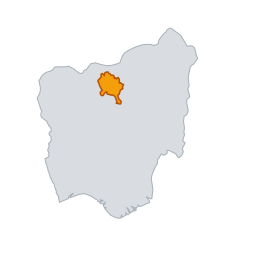 Kano on a map of Nigeria (Robinson projection), rotated 340°
{"feature_id": "NGA-2869", "entity_name": "Kano", "entity_type": "State", "adm_level": 1, "iso_a3": "NGA", "parent_name": "Nigeria", "parent_adm1": "", "projection": "robinson", "projection_center": [8.618, 11.56], "detail": "fine", "context": "in_parent", "style": "filled", "palette": "amber", "viewbox_px": 256, "rotation_deg": 340, "n_neighbors": 0, "source": "natural_earth", "source_scale": "10m", "svg_char_len": 5094}
<svg xmlns="http://www.w3.org/2000/svg" viewBox="0 0 256 256"><g transform="rotate(340 128 128)"><path d="M202.5,48.7L209.4,59.4L210.9,67.4L211.5,71.3L212.6,71.8L214.7,72.0L216.3,72.8L217.2,74.1L217.8,75.3L217.9,76.0L217.5,80.8L217.0,82.5L217.3,84.9L217.2,85.9L217.0,86.6L216.0,87.4L214.7,88.1L211.6,90.4L210.7,90.7L209.4,90.8L208.3,91.4L207.0,92.6L204.1,97.2L201.6,101.8L199.9,109.2L197.7,111.5L197.3,113.6L197.0,118.2L196.6,119.6L196.3,120.0L193.9,120.9L192.6,122.0L191.8,124.1L190.8,131.2L190.4,132.4L189.6,133.6L188.4,135.0L187.4,135.7L184.7,136.2L182.1,141.6L182.1,142.5L181.0,147.4L179.0,151.1L178.9,153.5L176.4,156.7L175.1,158.9L176.5,161.2L176.6,161.6L172.3,165.5L172.1,166.1L171.9,168.8L171.6,169.5L170.8,170.5L169.6,171.6L168.5,172.4L167.1,173.0L165.9,173.2L165.2,172.9L164.8,172.0L164.0,168.7L163.7,168.0L162.9,167.4L159.6,163.8L157.6,162.5L157.2,162.6L156.9,162.9L156.3,164.8L155.7,165.4L154.7,165.7L152.9,165.7L151.6,165.4L151.3,165.1L150.6,163.6L146.6,166.9L145.1,167.7L143.3,171.6L140.8,173.5L139.0,175.2L134.3,180.6L133.3,182.1L132.4,184.5L130.3,194.5L127.1,200.7L126.6,202.0L126.0,202.6L124.8,202.2L124.2,201.0L123.4,200.9L122.1,199.1L121.8,199.4L123.2,203.7L122.7,205.4L118.7,205.5L115.2,206.0L112.9,206.0L111.7,205.4L111.1,203.8L110.9,203.9L110.8,204.8L110.1,205.5L107.4,205.6L106.2,204.5L105.3,203.3L104.3,202.7L104.4,203.2L105.6,204.4L105.5,206.2L103.3,208.2L102.0,208.3L101.1,207.4L100.7,206.0L100.5,203.9L99.9,202.6L99.6,202.6L100.0,204.8L100.0,206.9L101.0,208.6L99.4,209.1L97.6,209.2L97.3,208.5L97.1,207.2L96.8,206.8L96.4,209.1L92.5,209.8L92.0,209.7L91.9,209.3L92.2,208.6L92.1,207.6L91.2,208.4L91.1,210.0L90.6,210.2L89.2,210.0L87.6,209.2L84.9,207.2L81.8,203.9L81.2,202.4L80.3,200.6L78.7,195.6L79.0,195.4L79.7,195.7L80.1,195.2L78.8,194.9L78.5,194.5L78.4,193.4L78.5,192.1L80.5,191.4L80.9,190.5L81.2,189.7L78.7,191.0L76.4,189.6L75.9,188.7L76.2,188.0L78.9,188.0L79.8,187.4L79.2,187.1L78.2,187.2L77.8,186.7L77.9,185.7L77.5,185.9L77.1,186.9L75.5,187.5L74.6,186.9L74.5,185.4L74.3,184.7L73.5,184.2L70.8,180.3L67.4,177.0L64.3,174.7L59.7,173.7L50.1,173.7L49.5,173.4L50.1,172.9L51.0,172.5L54.1,170.7L53.6,170.5L50.3,171.6L49.2,171.7L47.8,173.9L38.3,174.4L38.3,173.4L38.7,170.5L39.3,168.5L38.7,166.1L38.5,163.9L38.9,163.2L39.1,162.4L39.0,156.8L39.5,156.0L39.5,155.4L38.5,153.0L38.6,151.2L38.4,149.4L38.1,148.6L38.5,141.7L38.3,140.1L38.7,138.9L38.8,135.9L38.8,133.0L39.5,128.5L43.5,127.9L44.5,126.1L45.1,123.8L44.9,121.5L46.3,119.6L47.9,117.9L47.8,115.9L48.2,115.4L49.0,114.9L50.1,114.7L51.3,113.7L52.0,112.1L52.7,109.4L51.6,107.5L51.6,107.1L52.0,106.1L52.7,105.1L53.2,104.8L54.4,105.1L54.8,104.7L55.5,101.7L55.5,100.9L54.4,99.0L53.8,93.6L53.5,92.9L52.6,92.0L50.4,88.2L50.4,86.5L51.4,84.2L52.0,83.1L52.9,82.5L53.1,81.9L52.8,81.3L52.4,80.8L52.3,79.8L52.7,78.4L52.6,76.8L52.9,68.8L54.7,67.2L57.4,64.6L58.8,61.8L59.5,59.8L60.5,52.9L61.9,52.1L64.6,49.6L68.2,48.2L70.6,47.7L74.8,48.0L76.9,47.7L78.7,46.4L79.5,46.0L80.7,45.8L91.1,49.4L92.0,49.2L92.8,49.4L94.1,50.4L97.1,53.7L100.3,58.9L101.3,60.0L102.3,60.6L103.4,60.8L104.1,60.7L104.9,60.2L105.9,59.2L107.4,58.8L108.7,58.9L115.1,54.9L115.8,54.9L119.7,55.7L125.2,59.7L129.6,62.3L132.7,63.2L136.4,63.8L142.6,64.0L147.3,58.4L149.0,57.2L151.1,56.1L155.5,55.1L162.7,54.4L169.5,54.7L173.8,55.6L178.2,57.4L180.2,59.2L183.2,59.5L185.3,59.1L186.0,57.4L188.2,55.1L191.4,53.0L194.1,51.6L196.3,50.9L198.2,49.2L199.8,48.7L202.5,48.7ZM107.7,207.8L106.2,208.3L105.2,208.2L106.6,205.9L107.2,206.4L108.1,206.6L107.7,207.8Z" fill="#d9dde1" stroke="#a8b0b8" stroke-width="1"/><path d="M136.7,89.1L135.6,89.7L135.3,89.7L135.0,89.6L134.8,89.4L133.8,89.9L132.3,91.7L131.7,92.7L131.3,93.2L130.7,93.5L129.8,93.6L129.4,94.6L129.3,95.9L129.3,97.4L129.8,98.7L130.4,99.6L130.6,100.8L130.1,101.9L129.4,102.7L129.1,102.8L128.5,102.6L128.2,102.5L127.5,101.6L126.3,101.4L125.5,100.6L125.8,100.2L126.5,100.0L126.7,99.3L126.5,97.3L126.7,96.0L126.4,93.6L124.9,91.8L123.8,91.4L122.7,91.0L122.3,90.4L121.9,90.0L120.8,89.5L120.3,89.2L120.0,88.6L120.1,88.0L120.3,87.4L120.4,86.8L119.8,86.5L117.7,87.3L116.0,88.8L114.9,88.9L113.9,87.9L113.7,87.0L113.8,86.2L114.0,85.3L114.5,84.7L115.2,84.5L116.0,84.0L116.7,83.9L116.6,83.2L116.3,82.1L116.1,81.9L116.1,81.6L116.2,81.3L116.2,81.0L116.1,80.4L115.8,79.3L115.9,75.8L115.7,74.1L115.9,73.3L117.1,72.4L119.7,71.3L120.3,70.7L120.8,69.1L121.1,68.3L121.8,68.1L122.5,68.1L123.3,69.6L123.4,69.9L123.4,70.2L123.5,70.4L123.7,70.6L123.9,70.3L124.2,69.4L124.6,68.7L125.4,68.2L126.3,68.0L127.2,68.2L128.1,68.5L128.5,68.6L128.6,69.1L128.5,69.7L128.7,70.3L129.0,70.6L129.4,70.9L129.8,71.2L130.0,71.6L130.0,72.2L130.1,72.7L130.9,73.1L131.9,73.2L132.5,74.1L132.5,75.6L132.5,75.9L132.3,76.2L132.2,76.4L132.4,76.8L132.5,76.9L132.7,77.0L133.0,76.9L133.7,76.8L133.8,76.8L133.9,77.2L133.9,77.7L134.8,77.7L135.4,77.3L136.1,77.3L136.2,77.8L136.4,78.9L136.4,79.4L136.2,80.0L136.2,80.4L136.0,80.8L135.5,81.7L135.3,82.7L135.5,83.0L136.2,82.9L136.6,83.0L137.1,84.1L137.3,84.5L137.7,85.0L138.1,85.2L138.3,85.3L138.6,85.5L138.5,85.9L137.1,87.2L136.9,87.7L136.8,88.2L136.7,88.5L136.8,88.9L136.7,89.1Z" fill="#f59e0b" stroke="#b45309" stroke-width="1.5"/></g></svg>